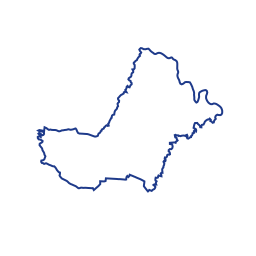 Bom Jesus de Goiás, Goiás, Brazil (Natural Earth projection), rotated 155°
{"feature_id": "56859067B21654402984867", "entity_name": "Bom Jesus de Goiás", "entity_type": "district", "adm_level": 2, "iso_a3": "BRA", "parent_name": "Brazil", "parent_adm1": "Goiás", "projection": "natural_earth1", "projection_center": [-49.889, -18.197], "detail": "fine", "context": "isolated", "style": "outline", "palette": "blue", "viewbox_px": 256, "rotation_deg": 155, "n_neighbors": 0, "source": "geoboundaries", "source_scale": "gbopen_adm2", "svg_char_len": 5791}
<svg xmlns="http://www.w3.org/2000/svg" viewBox="0 0 256 256"><g transform="rotate(155 128 128)"><path d="M219.2,130.9L218.2,130.8L217.2,130.7L216.1,129.5L215.3,128.3L213.7,126.7L212.8,125.6L211.9,124.8L211.1,124.5L210.6,123.3L210.3,121.7L210.2,120.1L209.8,118.5L209.4,117.2L208.5,116.4L209.1,115.1L210.1,113.9L210.0,112.6L209.3,110.2L206.8,107.1L205.8,105.8L205.3,104.7L204.7,103.0L203.6,101.4L202.7,100.5L201.6,99.2L199.9,97.3L198.4,94.4L197.5,94.0L196.7,93.9L195.8,93.8L194.9,93.3L193.8,92.6L192.0,91.9L189.5,90.5L187.8,89.6L186.4,88.8L185.3,88.4L185.2,86.2L182.5,87.0L179.3,87.9L176.9,88.9L175.7,91.5L172.3,89.7L170.8,89.4L169.9,90.7L169.3,91.7L160.0,86.7L158.1,85.6L156.8,85.0L154.2,83.5L152.2,82.3L151.4,82.1L150.7,83.3L149.9,84.3L148.9,84.8L148.4,83.4L147.1,83.9L146.2,84.9L144.8,83.4L143.6,82.1L143.0,81.4L142.3,80.7L141.3,79.5L140.4,78.5L138.2,76.1L136.4,73.7L135.7,72.7L136.3,71.6L137.8,69.3L138.2,68.5L137.6,65.7L137.0,63.1L136.7,62.1L135.8,62.4L134.9,62.9L133.1,61.0L131.9,61.5L129.9,61.6L129.0,62.1L128.1,63.0L128.3,64.1L129.0,65.6L128.0,65.8L127.3,65.3L126.3,64.8L126.2,66.0L125.7,66.8L124.6,67.6L125.3,68.8L124.8,70.1L123.9,71.3L122.9,70.6L121.8,70.5L121.2,71.4L120.4,72.1L119.6,71.3L118.9,70.7L118.1,70.1L117.7,71.2L117.6,72.9L116.6,73.3L115.7,72.8L115.3,73.8L114.9,75.1L114.4,76.2L113.5,76.9L112.7,77.2L112.0,78.4L110.9,79.3L110.1,80.5L110.1,82.4L109.1,83.0L108.2,82.2L107.4,83.1L107.7,84.7L107.0,85.7L106.0,85.1L104.8,85.6L103.9,86.9L102.7,87.0L102.0,86.4L101.1,86.4L100.6,87.6L100.6,88.8L101.0,89.7L100.4,90.8L99.0,91.2L97.6,90.5L96.3,91.1L95.4,92.3L95.0,93.7L95.2,94.9L96.1,95.3L96.8,95.8L96.3,96.9L91.7,95.2L91.1,94.5L90.3,95.4L89.2,95.5L88.3,95.8L88.5,97.1L88.2,98.5L89.1,99.5L88.9,100.7L88.6,101.8L87.7,101.7L87.0,100.5L85.8,100.3L85.4,99.3L84.5,99.1L83.8,98.4L82.5,98.3L81.6,98.0L80.4,97.5L79.2,96.4L78.4,97.0L77.4,96.9L77.5,95.4L78.6,94.8L78.6,93.5L77.8,92.9L75.6,93.3L74.7,93.1L74.1,94.1L73.1,94.2L72.2,95.1L71.6,96.0L70.7,95.6L69.8,95.8L69.7,97.3L68.9,97.7L68.0,97.3L67.6,96.4L67.1,97.2L67.0,98.3L67.9,99.6L68.5,100.4L66.6,102.9L65.8,103.7L65.1,104.2L63.1,103.3L62.9,102.0L62.3,100.8L61.9,99.6L62.2,98.2L61.2,97.6L60.6,98.9L59.7,99.6L58.1,99.2L56.8,100.2L55.6,101.3L54.1,101.8L52.9,102.0L52.0,102.0L51.2,101.6L50.0,102.0L49.5,100.4L50.4,99.5L49.5,98.4L49.1,97.0L47.9,96.8L46.8,98.2L45.5,98.9L44.6,99.2L44.6,100.5L43.8,101.6L42.6,102.2L41.4,102.3L40.6,101.6L39.7,101.1L38.6,100.6L37.5,100.8L36.3,101.8L35.7,103.0L35.3,103.9L35.1,105.1L35.0,106.5L35.3,107.9L35.8,109.1L37.1,111.4L37.9,112.5L38.9,113.4L40.0,114.0L41.5,114.0L42.7,114.5L43.7,115.6L44.4,117.1L44.7,118.5L44.8,120.2L44.7,121.8L44.2,123.0L43.5,124.2L42.0,125.6L41.1,126.8L40.9,128.4L41.5,129.5L42.6,129.9L43.6,130.1L44.8,130.3L45.9,130.3L46.8,130.2L47.9,130.1L48.8,129.5L49.6,128.2L50.4,126.1L51.3,125.0L52.9,123.2L54.2,122.2L55.3,122.2L55.7,123.3L55.9,124.5L56.0,125.4L55.6,126.4L55.0,127.6L54.1,130.2L53.3,131.7L53.0,132.8L52.8,134.0L52.8,135.4L52.6,136.9L52.4,138.1L52.4,139.5L52.4,141.2L52.6,143.2L54.0,144.2L56.1,145.2L57.2,145.4L58.4,145.0L59.4,144.8L60.9,144.9L61.8,146.0L61.8,147.7L61.5,149.0L61.4,150.3L61.5,151.5L61.5,152.6L61.3,153.9L60.9,155.0L60.2,156.0L59.3,156.8L58.8,157.6L58.6,158.7L58.6,159.8L58.3,161.0L56.2,165.3L55.7,166.8L55.7,168.0L56.4,169.5L57.3,170.4L58.0,171.5L58.3,173.1L59.0,173.7L60.4,173.7L61.4,173.9L62.4,174.6L63.0,175.5L63.6,176.8L64.2,178.1L64.7,179.1L65.4,180.3L66.4,181.7L67.5,182.7L68.8,183.3L70.2,183.4L71.2,183.3L72.2,183.6L73.0,184.4L73.4,185.4L74.0,186.3L74.9,188.1L75.4,189.8L75.9,191.2L77.3,191.7L78.9,192.0L80.5,192.8L81.5,194.2L82.6,195.0L83.8,194.7L84.6,194.3L84.6,192.7L84.1,190.9L85.1,190.1L86.0,190.1L86.7,189.4L86.7,188.3L88.4,187.8L89.2,187.4L90.4,186.6L91.2,185.8L92.0,185.7L92.9,185.6L93.8,185.1L95.1,184.8L95.6,183.9L95.3,182.4L95.8,181.2L96.8,179.3L97.7,178.8L99.2,179.2L99.1,177.6L99.8,176.3L101.4,176.0L102.2,175.2L102.7,174.1L103.5,173.3L104.6,173.1L105.5,172.9L106.3,172.8L107.1,171.9L106.7,170.6L105.8,169.6L106.1,168.3L105.7,167.2L106.3,166.0L107.6,165.7L108.5,165.0L109.4,164.2L110.4,165.0L110.6,166.3L111.7,166.0L112.6,164.7L113.5,163.9L114.4,163.6L114.2,161.1L115.5,162.2L116.7,162.1L117.3,161.1L118.2,161.0L119.3,160.9L120.3,160.9L121.5,160.5L123.2,159.7L124.5,159.2L124.9,158.0L124.5,156.5L125.2,155.3L126.5,154.9L127.3,154.3L127.5,153.3L127.8,151.9L129.1,151.3L129.8,150.2L131.2,149.6L132.1,149.3L133.1,148.5L134.0,147.3L134.8,146.0L136.1,146.3L137.2,146.0L137.9,145.2L138.5,144.1L139.4,144.0L140.0,143.3L140.8,142.8L142.0,141.9L143.0,140.7L144.1,140.3L144.3,139.3L144.5,138.3L145.6,138.5L146.2,139.5L147.3,139.4L148.3,138.8L149.5,138.6L150.1,137.8L151.4,137.7L152.4,137.7L153.1,136.7L154.1,136.7L154.8,135.9L155.6,135.5L157.0,135.4L157.8,134.6L158.6,133.7L159.9,133.7L161.5,134.1L162.5,135.0L166.3,138.8L167.4,139.7L169.6,140.9L170.5,141.4L172.1,142.3L174.4,143.5L175.4,144.7L175.5,146.7L175.4,148.6L175.7,149.7L176.7,149.9L177.6,149.9L178.8,150.1L179.6,150.3L180.7,150.6L182.5,152.0L183.4,152.2L184.3,152.3L185.2,152.6L186.4,153.0L187.7,153.3L189.0,153.8L190.5,153.8L191.9,154.1L192.8,155.0L193.8,156.2L194.9,157.0L195.8,157.4L197.9,158.5L199.0,159.4L200.4,159.7L201.4,161.1L201.9,162.3L202.7,163.2L203.3,163.9L205.3,160.7L207.2,162.2L209.2,163.6L210.4,163.6L209.7,162.6L208.8,162.0L208.0,161.5L207.2,161.1L206.0,159.6L206.6,158.1L207.6,157.5L208.8,157.6L209.2,158.6L209.7,159.7L210.8,161.0L211.6,160.7L211.1,159.5L210.5,157.9L210.9,156.8L211.6,157.6L212.3,158.1L213.5,158.1L214.0,157.0L213.7,155.4L212.4,154.6L211.5,153.4L210.9,152.3L211.4,151.6L212.3,151.3L214.6,151.1L215.4,149.9L215.1,148.2L214.8,147.2L214.5,145.8L214.9,143.9L214.6,141.6L214.6,140.6L215.0,139.1L214.8,137.3L217.1,135.0L218.1,134.7L219.0,134.8L220.3,135.1L221.0,134.1L220.8,132.7L219.7,131.9L219.2,130.9Z" fill="none" stroke="#1e3a8a" stroke-width="2"/></g></svg>